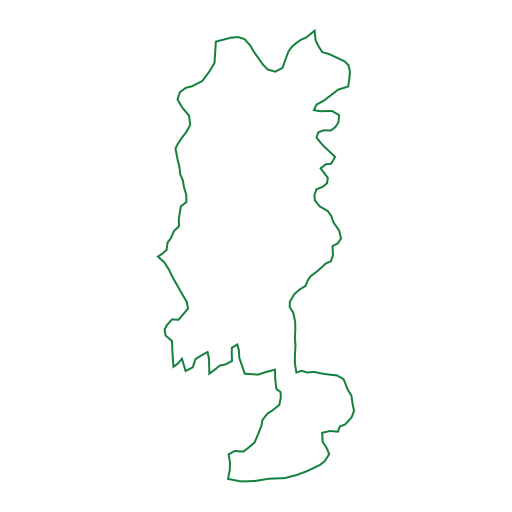 Ananindeua, Pará, Brazil
{"feature_id": "56859067B63914289904635", "entity_name": "Ananindeua", "entity_type": "district", "adm_level": 2, "iso_a3": "BRA", "parent_name": "Brazil", "parent_adm1": "Pará", "projection": "albers", "projection_center": [-48.38, -1.343], "detail": "fine", "context": "isolated", "style": "outline", "palette": "green", "viewbox_px": 512, "rotation_deg": 0, "n_neighbors": 0, "source": "geoboundaries", "source_scale": "gbopen_adm2", "svg_char_len": 2516}
<svg xmlns="http://www.w3.org/2000/svg" viewBox="0 0 512 512"><path d="M348.2,86.5L349.2,79.8L350.0,72.0L348.5,65.3L344.5,61.3L329.2,54.1L322.2,52.1L318.9,46.9L315.6,40.5L314.6,30.7L306.4,37.4L300.7,39.9L296.1,43.2L291.7,46.9L288.5,51.5L286.3,57.2L282.5,67.9L275.3,71.7L267.5,69.4L262.6,64.2L253.7,51.5L250.4,45.7L244.5,39.1L238.4,37.1L230.9,37.7L215.9,41.6L214.5,63.1L209.0,72.0L202.3,81.0L191.9,86.3L185.9,87.8L179.9,92.2L177.5,99.4L181.9,107.1L189.1,115.8L190.2,125.0L186.3,132.0L181.9,137.8L178.1,143.4L175.5,148.4L177.3,158.3L179.5,167.5L180.2,174.3L182.8,180.2L184.1,187.6L186.3,194.9L186.3,202.1L180.8,206.4L179.9,211.9L178.8,219.6L179.0,226.3L174.1,230.9L170.9,238.1L167.5,242.7L166.6,249.9L162.3,253.7L158.0,256.6L164.6,262.7L168.9,269.5L171.4,274.8L174.1,279.9L177.3,285.5L181.0,292.1L186.8,301.9L188.0,308.5L184.7,312.6L178.4,319.8L172.1,319.4L167.2,324.7L164.6,329.3L165.5,335.4L172.0,341.1L172.4,351.1L172.9,359.6L173.5,366.8L178.1,363.3L181.9,358.7L185.6,371.0L192.8,367.3L195.4,359.2L200.9,355.7L207.5,352.0L209.0,358.7L209.2,366.5L209.3,373.7L214.5,369.9L219.7,365.6L225.2,364.5L232.0,361.0L231.8,355.7L231.8,347.8L237.3,344.5L238.8,349.8L239.3,357.9L242.5,367.0L244.7,373.7L258.1,374.6L266.4,371.9L275.0,369.7L275.3,380.2L276.4,388.9L280.6,392.2L280.8,397.5L279.3,404.9L272.7,410.2L267.3,413.7L262.4,420.1L261.5,425.5L258.1,434.3L254.6,442.4L249.1,447.2L243.4,451.6L234.6,451.0L228.6,454.4L230.0,462.3L229.8,469.7L228.0,478.9L234.6,480.2L240.1,481.3L247.6,481.3L255.4,480.9L269.2,478.7L284.8,478.1L296.6,475.0L307.6,470.9L319.7,465.1L324.9,461.0L329.2,454.1L326.8,448.3L322.6,441.7L322.2,432.8L329.9,431.0L337.9,431.7L339.9,426.4L345.2,424.4L351.7,417.2L354.0,410.9L352.3,402.3L351.5,395.9L347.7,389.6L343.6,379.2L337.0,375.4L329.2,374.6L320.9,373.4L314.3,371.9L307.3,372.5L301.6,370.8L296.4,372.5L294.9,363.8L294.9,355.3L295.5,345.7L294.9,337.3L295.3,330.1L295.2,322.0L293.3,312.8L289.7,307.1L289.8,301.8L294.4,294.1L299.8,289.4L305.6,285.9L307.6,280.6L310.6,276.2L317.2,271.3L321.8,267.2L325.8,263.5L330.9,261.2L333.0,255.2L332.5,246.2L337.9,243.2L341.0,238.6L339.3,230.9L333.6,222.6L331.2,215.9L327.7,211.0L319.7,206.4L314.8,200.3L314.5,194.8L316.5,189.3L322.9,186.7L327.0,183.3L327.8,177.8L320.6,168.3L325.8,164.3L331.2,163.7L335.1,157.0L328.3,150.4L324.3,146.7L320.6,142.7L316.5,137.5L318.3,132.3L323.7,130.3L330.9,130.5L335.3,127.1L338.4,122.4L339.1,115.2L332.1,111.0L319.7,111.2L313.9,110.1L316.5,104.6L324.0,100.5L338.2,89.6L348.2,86.5Z" fill="none" stroke="#15803d" stroke-width="2"/></svg>